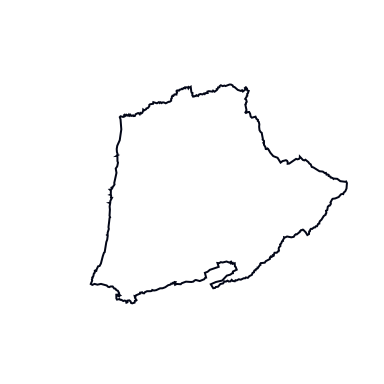 outline of Tabanan, Bali, Indonesia, rotated 57°
{"feature_id": "22746128B4646422714630", "entity_name": "Tabanan", "entity_type": "district", "adm_level": 2, "iso_a3": "IDN", "parent_name": "Indonesia", "parent_adm1": "Bali", "projection": "orthographic", "projection_center": [115.097, -8.439], "detail": "fine", "context": "isolated", "style": "outline", "palette": "ink", "viewbox_px": 384, "rotation_deg": 57, "n_neighbors": 0, "source": "geoboundaries", "source_scale": "gbopen_adm2", "svg_char_len": 6028}
<svg xmlns="http://www.w3.org/2000/svg" viewBox="0 0 384 384"><g transform="rotate(57 192 192)"><path d="M273.2,60.5L268.9,57.2L267.1,57.0L266.9,57.9L263.7,61.7L260.1,63.0L258.0,65.7L258.1,66.2L256.8,66.5L255.4,67.8L254.6,67.5L253.0,68.7L252.2,68.1L251.2,68.6L250.7,69.7L248.9,69.3L248.5,70.3L246.1,71.2L244.0,73.8L237.5,76.8L236.2,77.9L233.5,77.4L231.9,78.1L230.4,78.1L226.7,79.3L226.7,80.5L225.6,81.5L221.1,82.3L222.1,83.0L222.5,84.3L222.0,85.8L220.9,86.7L221.1,94.9L220.4,96.4L218.9,95.4L217.6,95.3L216.5,95.9L215.4,99.2L215.6,101.7L209.9,101.6L206.2,104.3L201.9,104.9L197.4,104.7L196.6,105.0L196.7,106.0L196.1,106.7L194.3,106.0L191.6,105.9L190.2,105.0L189.6,105.3L189.2,104.3L188.2,103.8L186.5,104.2L185.9,103.6L180.3,101.3L179.0,101.8L176.9,101.7L173.9,100.2L171.8,98.6L169.5,97.8L168.2,98.1L167.5,97.4L165.7,98.1L163.4,97.7L162.3,101.3L160.7,101.7L157.9,100.6L156.0,100.5L155.3,101.8L155.1,103.7L154.4,103.9L153.0,101.7L147.6,99.6L147.6,98.9L146.5,98.0L146.2,97.0L144.0,96.3L142.9,96.7L141.9,94.3L141.4,94.0L141.4,93.2L139.8,92.3L139.7,91.5L138.1,89.4L136.9,90.3L135.3,89.6L133.5,89.8L133.6,91.0L135.1,91.2L135.4,94.6L133.9,94.6L133.9,95.9L131.3,98.0L127.1,99.2L126.1,100.1L124.7,99.9L123.2,100.7L122.3,102.0L121.4,106.2L120.4,106.9L119.9,108.6L118.2,109.7L118.3,111.1L119.1,112.0L118.5,113.1L119.5,114.3L119.2,115.2L120.0,115.6L120.2,118.4L118.5,119.1L119.0,120.1L116.6,123.0L116.2,124.4L117.5,125.0L116.4,126.9L116.8,128.0L115.9,128.3L115.9,130.0L114.4,131.6L114.1,133.2L114.8,134.6L113.3,135.5L113.6,136.5L113.2,136.7L113.0,138.4L112.2,138.7L112.3,139.1L111.1,139.1L109.2,137.7L108.6,138.2L107.4,137.9L103.1,135.8L103.2,137.0L102.2,137.5L102.9,138.6L101.9,138.5L100.5,140.7L101.3,141.2L100.2,142.5L100.6,143.8L99.9,144.3L99.9,145.8L99.4,146.8L99.9,147.8L98.7,149.1L98.9,150.0L100.7,150.5L100.9,151.3L101.8,152.0L100.6,153.6L101.3,155.3L100.6,155.9L101.2,157.1L102.4,157.9L102.6,158.8L104.1,159.8L104.2,161.6L103.6,162.5L103.3,165.7L101.5,166.9L100.8,168.0L100.9,169.0L99.7,169.4L99.8,170.6L98.6,170.8L98.5,173.1L95.6,175.5L96.8,176.6L95.6,179.4L95.7,180.4L96.8,181.1L97.5,183.0L97.1,184.8L97.6,185.4L97.5,187.6L96.3,188.0L97.4,188.9L98.5,190.6L98.5,191.8L97.6,192.2L98.4,193.5L96.7,193.9L96.4,194.4L96.1,196.9L97.1,198.6L96.4,199.8L95.6,199.7L95.1,201.5L93.7,201.6L94.0,202.7L92.7,202.7L93.2,203.8L92.6,204.1L92.6,204.7L91.6,204.9L91.8,206.3L90.5,206.3L90.5,207.0L91.8,207.9L91.5,208.9L89.6,210.7L89.9,211.8L92.2,212.4L101.0,217.2L109.2,224.4L112.5,229.5L114.9,231.7L117.6,233.2L119.9,233.8L120.4,234.7L120.0,235.5L120.7,234.7L120.7,235.6L121.0,235.1L121.7,235.3L125.5,237.7L127.1,238.1L129.8,240.8L130.8,243.2L134.8,244.9L142.1,252.3L143.5,252.9L144.7,255.8L144.5,257.0L145.5,257.0L145.9,258.3L145.3,259.6L146.7,259.3L149.9,261.5L149.8,262.1L150.4,261.6L151.8,262.2L152.4,263.0L153.3,263.2L153.5,262.7L155.0,265.3L156.4,266.4L156.1,267.2L156.8,266.7L159.3,269.0L162.0,270.4L167.0,274.1L168.7,274.5L168.9,275.3L171.1,277.1L176.0,281.2L177.7,281.9L180.1,284.8L181.7,285.9L181.8,286.7L182.8,286.5L185.8,289.1L187.3,291.1L194.9,298.0L195.0,298.9L197.2,301.7L202.4,307.4L203.7,309.8L203.2,311.3L205.3,314.6L205.2,315.2L205.6,315.2L205.3,316.1L205.9,316.1L205.7,316.7L206.8,317.7L206.9,318.7L208.8,320.5L209.3,322.1L209.8,322.0L210.8,323.6L212.0,324.0L214.0,327.0L215.6,326.2L216.0,323.8L218.2,321.8L219.5,318.4L224.0,314.4L225.6,314.1L226.7,313.2L226.9,311.7L228.0,310.0L230.6,309.8L231.4,308.9L233.0,308.9L234.4,308.0L237.2,308.2L237.9,309.0L239.5,308.6L239.3,309.2L239.9,310.0L238.8,310.6L238.3,310.4L238.4,309.7L237.7,309.9L236.9,311.4L240.1,313.4L241.4,313.5L242.3,311.1L243.4,310.9L243.9,310.0L246.0,309.0L246.4,307.5L247.6,306.8L249.1,307.3L249.3,306.2L248.0,305.2L248.7,303.6L250.3,303.1L251.9,303.5L252.8,302.8L253.5,300.4L252.2,299.2L252.6,297.8L253.3,297.4L250.0,297.5L248.1,296.8L248.8,296.2L248.2,295.7L248.2,294.8L249.0,290.6L248.2,290.3L249.0,288.4L250.2,288.2L250.9,287.3L250.4,286.1L250.7,283.8L252.7,280.6L253.0,279.5L252.5,278.7L253.9,277.6L254.8,275.5L255.4,271.3L256.7,269.1L257.3,266.3L257.2,262.8L257.9,260.4L257.5,259.3L258.1,258.7L257.8,257.7L258.4,257.4L257.9,255.7L258.6,254.9L259.3,256.2L260.6,256.7L260.8,254.9L263.2,251.7L262.9,250.3L263.9,245.9L267.1,241.6L267.9,239.6L267.6,238.1L267.9,236.7L270.9,234.0L271.8,229.3L271.2,227.8L271.5,226.8L266.8,225.2L267.4,222.4L267.0,219.4L269.3,210.4L265.4,209.3L266.5,207.9L266.5,206.1L267.8,204.7L269.1,200.9L271.7,199.0L271.6,198.1L272.7,198.2L272.3,197.2L273.5,197.4L273.7,196.5L274.5,196.8L275.0,195.0L277.8,196.5L278.6,196.2L281.5,196.8L281.0,201.0L282.4,201.9L282.0,202.9L282.2,204.8L281.1,208.3L282.7,214.9L280.5,221.0L279.6,226.5L284.3,226.6L285.0,224.9L284.6,223.8L285.6,221.8L284.6,218.3L285.6,215.7L284.6,213.5L285.6,212.4L285.7,210.5L287.1,209.9L287.9,208.4L287.3,206.6L288.8,206.3L290.2,204.7L289.7,203.6L290.5,202.7L290.7,200.3L292.1,198.8L292.5,195.7L293.3,194.4L293.0,193.4L294.4,191.9L293.8,189.7L294.1,186.9L292.9,185.4L293.1,183.8L292.3,183.3L291.8,182.2L292.3,181.3L291.6,180.6L291.8,178.6L291.2,178.2L291.5,177.9L290.3,175.0L290.4,174.3L289.4,173.9L289.1,173.1L290.9,169.5L290.2,167.8L290.6,163.2L289.5,162.4L289.7,161.2L289.0,161.2L288.9,160.7L289.8,159.7L289.9,158.2L288.9,158.2L289.0,157.3L287.9,155.9L289.1,154.0L288.6,152.1L288.9,151.7L288.3,150.8L286.9,150.3L285.9,149.3L285.4,147.2L284.0,146.7L283.8,145.3L282.4,143.4L282.6,142.3L281.9,142.0L280.8,139.8L280.1,139.4L280.8,138.8L281.1,136.5L284.1,133.4L285.0,131.1L284.1,129.2L284.0,127.8L284.6,127.3L284.2,123.3L283.8,123.1L283.4,121.2L283.9,120.8L283.8,119.8L284.2,119.3L287.7,118.6L290.9,118.7L291.0,116.8L288.9,115.2L289.1,114.5L287.9,113.2L287.7,112.2L288.4,111.3L288.1,109.1L288.7,108.2L288.2,106.9L288.8,105.8L287.5,103.7L287.8,102.4L287.1,102.1L286.1,100.6L285.7,98.4L283.9,94.6L283.8,92.2L283.2,91.9L282.7,90.7L280.7,89.8L280.8,88.4L278.3,86.1L278.0,84.5L278.4,84.0L277.9,82.5L277.0,81.6L276.2,81.6L274.5,78.5L274.3,77.8L275.4,75.4L276.1,71.7L275.1,68.4L275.5,66.8L276.1,66.3L275.1,64.9L274.9,63.1L273.2,60.5Z" fill="none" stroke="#020617" stroke-width="2"/></g></svg>